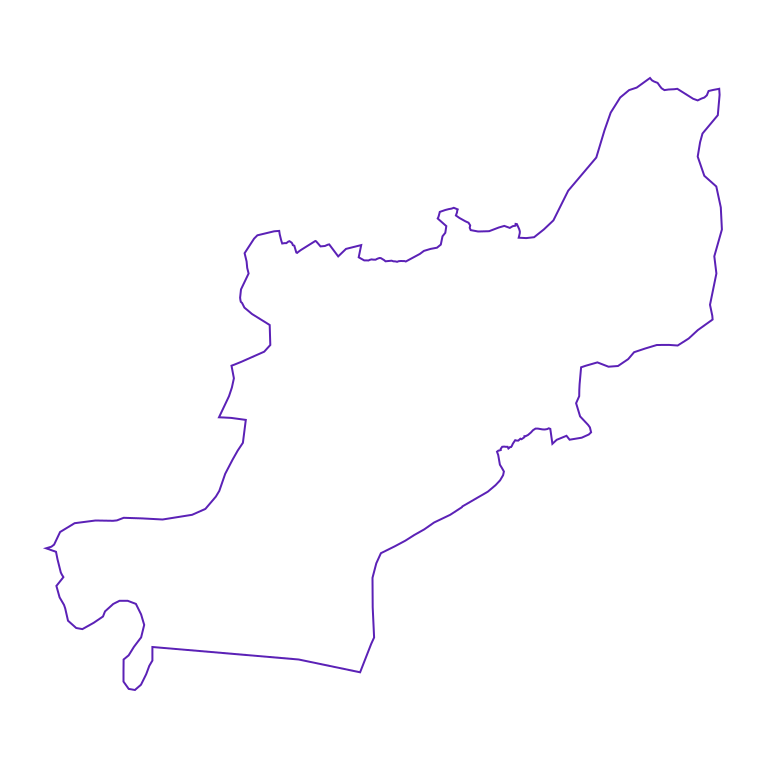 the district of Zuru, Kebbi, Nigeria
{"feature_id": "59680162B28239494939120", "entity_name": "Zuru", "entity_type": "district", "adm_level": 2, "iso_a3": "NGA", "parent_name": "Nigeria", "parent_adm1": "Kebbi", "projection": "albers", "projection_center": [5.264, 11.439], "detail": "fine", "context": "isolated", "style": "outline", "palette": "violet", "viewbox_px": 768, "rotation_deg": 0, "n_neighbors": 0, "source": "geoboundaries", "source_scale": "gbopen_adm2", "svg_char_len": 3969}
<svg xmlns="http://www.w3.org/2000/svg" viewBox="0 0 768 768"><path d="M591.1,432.3L589.9,427.4L588.1,424.9L580.1,416.4L576.1,403.2L579.2,396.2L579.3,389.8L579.6,384.2L581.1,367.3L585.9,365.7L597.4,362.4L608.5,366.7L618.0,366.0L628.2,359.1L634.1,352.2L645.2,348.5L656.8,345.0L668.8,344.9L677.7,345.5L688.7,338.5L697.8,330.1L712.6,319.5L712.3,315.8L710.0,304.8L716.4,273.5L714.3,256.3L721.9,229.5L720.8,207.4L716.3,186.5L704.3,175.8L697.7,156.6L700.1,142.2L702.5,133.5L717.8,115.2L719.6,94.8L719.2,88.8L718.8,88.9L713.4,89.9L708.6,91.0L708.0,92.4L706.8,95.4L706.5,95.6L704.4,97.5L701.4,98.6L697.7,100.4L693.2,98.8L677.3,88.8L674.5,89.2L668.7,89.5L664.4,90.1L661.6,88.3L660.0,86.3L657.6,82.9L654.0,81.5L651.9,80.3L650.0,78.0L636.7,87.6L629.1,90.1L620.2,97.5L610.7,112.6L604.5,130.3L596.3,157.5L568.2,190.7L553.4,220.4L549.6,224.0L543.9,229.4L534.1,237.2L526.2,238.1L518.7,237.7L519.1,236.1L519.8,233.0L519.8,231.3L519.2,229.2L516.9,224.1L515.6,223.9L515.4,225.7L512.7,226.2L509.8,227.9L504.3,225.9L498.8,227.5L489.1,231.2L478.1,231.5L470.7,230.1L469.7,227.8L470.2,225.4L468.5,222.7L465.4,221.3L459.5,218.0L455.9,215.5L457.0,212.4L457.2,210.8L457.7,209.4L453.8,207.8L451.6,208.6L448.8,209.1L445.3,210.0L439.8,211.9L439.1,214.6L438.5,216.8L437.7,218.5L446.3,226.1L445.3,232.8L442.5,236.3L440.8,244.6L437.0,247.7L430.6,248.9L423.9,250.9L419.9,253.9L408.4,260.1L405.8,261.5L404.6,261.1L400.8,261.0L398.7,261.2L397.1,261.8L395.4,261.4L393.4,261.3L391.6,260.7L385.5,261.3L384.1,260.1L380.8,258.1L379.6,258.0L378.2,258.4L376.8,259.0L375.6,259.7L374.3,259.7L373.0,259.6L371.5,259.4L369.6,259.9L368.5,260.5L366.9,260.4L364.2,260.4L358.7,257.3L361.2,245.1L346.0,248.9L338.2,256.4L329.2,244.4L327.8,244.7L324.9,246.0L320.5,246.4L318.3,243.8L316.1,241.3L315.3,241.0L301.4,249.7L300.2,250.5L299.4,251.1L298.3,251.9L297.1,252.9L296.3,252.5L294.3,245.7L292.8,245.1L292.6,244.3L291.7,242.7L289.5,241.2L288.3,241.6L286.4,243.1L284.8,243.1L282.2,243.5L281.5,241.4L280.9,239.2L279.7,234.2L279.2,230.9L274.1,231.3L257.4,235.3L254.1,238.6L244.6,253.2L246.6,261.5L247.2,267.9L248.6,273.5L241.0,289.4L240.1,297.7L240.4,300.0L240.8,301.8L242.1,303.0L244.4,307.6L252.0,314.0L269.7,325.0L270.3,345.0L264.2,351.7L254.9,355.8L240.9,362.0L234.7,364.5L231.5,365.7L233.9,378.3L231.9,387.5L229.0,396.2L219.0,417.3L223.8,417.5L231.1,417.9L245.8,419.9L242.9,442.8L237.7,450.6L232.5,459.8L225.2,473.8L219.3,490.9L215.8,496.7L215.7,496.8L205.4,508.9L192.1,514.8L162.6,519.5L142.1,518.4L123.7,517.8L116.9,520.4L113.0,520.8L95.5,520.5L74.6,523.2L60.1,532.0L54.1,544.6L51.4,546.7L46.1,548.3L56.0,551.8L57.5,559.3L60.8,572.5L61.9,574.7L63.4,577.1L62.5,578.3L56.5,585.8L56.4,585.9L56.5,586.3L59.6,597.4L64.0,604.9L65.2,608.4L68.0,620.7L76.2,628.0L82.4,629.1L93.7,622.8L102.7,616.7L103.0,616.5L104.6,612.4L105.1,611.3L113.3,603.9L119.5,600.8L127.7,600.8L135.9,603.9L136.1,604.3L141.1,614.4L144.2,624.9L141.1,637.5L140.4,638.3L133.9,646.9L128.7,655.3L123.6,659.5L123.6,660.3L123.5,671.1L123.5,681.6L128.7,688.9L134.9,690.0L140.9,684.8L141.0,684.7L146.2,674.2L149.2,666.1L149.3,665.8L151.6,661.9L152.4,660.6L152.4,658.4L152.4,654.3L152.4,648.5L152.4,647.0L298.7,659.5L360.1,672.3L371.2,643.9L374.1,637.5L372.7,607.4L372.5,577.8L376.3,563.3L380.9,553.2L394.8,546.3L405.3,540.7L414.1,535.1L424.2,529.4L434.1,522.5L450.2,514.8L461.9,507.2L462.4,506.4L487.8,491.7L495.6,485.1L500.1,480.3L503.1,475.2L503.9,471.5L501.8,467.8L499.9,464.7L498.2,455.0L497.0,451.7L498.4,450.6L499.3,450.5L500.8,450.0L500.7,448.9L502.2,446.8L504.1,446.6L505.8,446.8L507.6,446.8L508.4,448.5L509.2,447.9L510.0,447.1L511.1,447.0L511.8,446.0L512.9,443.6L515.2,440.2L516.8,440.6L518.3,440.6L520.4,438.7L521.4,439.2L522.3,438.7L524.4,437.2L524.4,436.2L526.0,436.0L528.1,434.9L529.6,433.6L530.9,432.5L533.0,430.2L535.5,428.6L537.9,428.6L540.1,429.0L542.5,429.4L544.7,429.5L547.1,429.1L548.8,428.3L550.3,428.9L552.4,443.8L556.7,439.8L566.5,435.8L569.6,439.7L581.7,437.7L588.8,434.5L591.1,432.3Z" fill="none" stroke="#5b21b6" stroke-width="2"/></svg>